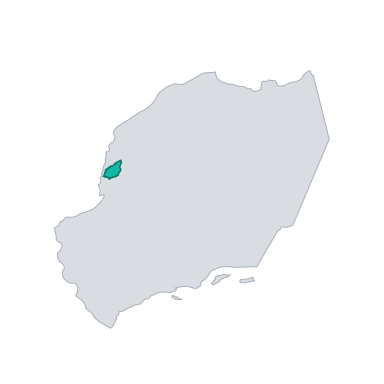 location of Mbozi, Mbeya, United Republic of Tanzania, rotated 76°
{"feature_id": "72390352B44769786141856", "entity_name": "Mbozi", "entity_type": "district", "adm_level": 2, "iso_a3": "TZA", "parent_name": "United Republic of Tanzania", "parent_adm1": "Mbeya", "projection": "equal_earth", "projection_center": [32.882, -8.972], "detail": "fine", "context": "in_parent", "style": "filled", "palette": "teal", "viewbox_px": 384, "rotation_deg": 76, "n_neighbors": 0, "source": "geoboundaries", "source_scale": "gbopen_adm2", "svg_char_len": 6739}
<svg xmlns="http://www.w3.org/2000/svg" viewBox="0 0 384 384"><g transform="rotate(76 192 192)"><path d="M152.5,275.5L149.2,273.2L146.2,271.8L143.7,270.2L142.6,268.7L140.3,268.1L138.3,267.8L136.5,266.4L132.7,265.9L132.3,264.9L132.2,262.8L131.6,262.3L130.2,261.8L128.7,261.8L127.8,262.1L127.3,261.9L126.1,260.7L124.9,259.1L124.5,256.6L122.8,255.0L120.8,253.7L115.2,253.9L114.4,253.5L113.0,252.2L111.5,250.1L110.2,247.7L109.2,244.4L108.0,240.1L101.6,222.5L101.0,219.2L99.7,215.5L97.7,211.0L95.5,207.7L92.6,204.6L89.3,201.6L87.5,199.5L84.0,191.3L83.3,187.4L82.8,183.4L83.0,181.8L85.1,176.6L85.3,175.1L85.1,173.2L84.0,169.0L82.7,164.0L79.9,154.9L79.5,152.6L79.6,150.9L81.2,141.7L81.1,140.4L87.5,140.5L92.2,136.5L96.2,130.4L97.0,127.9L98.7,124.0L100.3,122.1L100.9,120.7L101.8,116.8L104.0,114.2L106.0,112.2L105.6,110.8L105.9,110.2L107.0,109.2L109.2,108.3L109.7,106.2L109.7,103.9L109.3,102.6L109.4,101.2L109.0,100.3L107.6,100.1L105.5,99.0L103.7,98.5L102.4,97.8L102.0,97.3L101.8,95.9L102.8,92.4L101.8,90.9L104.0,85.1L104.4,84.3L105.2,84.3L106.5,83.6L107.7,83.3L108.7,83.6L109.4,83.3L110.0,82.7L110.5,80.7L111.0,77.3L110.7,74.6L109.8,72.5L109.6,69.3L110.0,65.0L109.7,61.4L108.6,58.6L107.6,56.9L106.0,56.1L103.5,51.7L102.7,49.6L102.9,48.3L103.7,47.8L105.3,48.0L106.8,47.4L108.2,46.2L109.6,45.9L110.3,46.1L174.0,46.1L248.3,102.0L248.7,102.7L249.2,107.5L249.1,109.1L248.0,111.9L247.6,113.3L247.6,114.3L247.9,114.7L248.9,114.9L249.7,115.5L250.0,116.1L250.6,118.1L251.4,119.2L279.6,146.6L280.3,147.0L279.8,149.3L278.2,154.9L278.1,157.2L277.5,159.9L276.9,161.7L275.2,169.6L273.9,172.5L272.0,179.4L271.7,184.6L272.7,188.3L273.0,191.7L275.2,195.1L276.9,196.3L278.1,197.9L280.2,201.4L281.3,204.9L285.1,206.7L286.6,210.6L286.0,213.4L284.3,215.6L282.6,219.3L281.3,224.1L281.2,231.4L282.1,230.3L284.1,232.1L284.3,237.5L282.2,243.8L281.6,246.8L281.5,249.3L282.9,256.8L285.1,260.7L284.9,261.9L284.3,262.9L288.1,269.6L287.8,275.5L289.2,280.1L289.8,284.1L290.7,287.2L290.9,289.3L289.7,291.6L292.5,292.2L294.1,294.1L294.8,295.9L296.9,295.8L297.9,297.1L299.5,298.1L303.0,301.2L303.9,302.7L304.5,304.2L294.8,313.8L291.3,316.3L288.9,317.5L286.2,318.1L283.7,319.6L281.3,322.0L278.3,323.2L274.6,323.2L270.7,324.9L264.6,329.9L261.0,327.1L258.2,326.3L255.0,326.3L253.1,326.7L252.4,327.3L251.7,329.0L251.2,331.8L249.1,334.4L245.4,337.0L242.0,337.9L238.9,337.3L236.8,336.2L235.7,334.7L234.1,334.1L232.0,334.2L229.9,335.2L227.9,337.2L224.8,338.1L220.5,337.8L218.2,336.9L217.9,335.2L216.1,333.3L212.6,331.0L210.1,331.0L208.5,333.1L207.0,334.5L205.6,335.0L204.4,335.1L202.7,334.5L198.0,334.3L193.5,334.4L193.0,331.3L192.1,329.4L191.3,328.2L189.8,328.0L189.3,327.1L188.8,325.2L188.1,323.5L187.0,322.1L186.4,320.9L186.2,319.7L186.4,318.4L187.3,315.3L187.6,313.1L187.5,310.8L187.0,308.6L186.0,305.8L186.1,305.0L185.7,303.2L185.7,301.9L185.9,300.3L185.7,298.1L184.8,293.6L184.8,292.4L183.8,290.2L180.9,285.0L180.7,284.3L176.0,279.0L174.2,277.9L173.5,278.9L173.2,279.8L173.4,281.5L173.3,282.3L173.1,282.7L172.0,282.6L171.3,282.4L169.5,281.0L168.2,280.7L164.7,280.9L163.5,281.3L162.6,280.9L160.8,278.5L158.6,278.0L156.7,277.9L153.6,275.1L152.5,275.5ZM285.7,187.5L287.2,193.3L287.0,194.4L285.9,195.0L285.3,195.1L284.6,194.1L284.2,192.2L283.3,192.7L281.9,190.3L280.5,190.2L279.3,187.4L279.8,185.0L279.5,180.8L281.1,178.7L281.9,175.1L282.9,177.6L283.1,181.4L284.4,185.8L285.7,187.5ZM293.3,152.8L293.4,154.2L293.1,155.5L293.1,159.6L293.0,162.4L291.8,166.2L290.9,167.5L290.0,167.1L289.3,166.5L288.8,165.5L289.9,158.5L289.4,153.4L291.6,153.9L293.3,152.8ZM289.8,236.6L288.7,237.0L288.2,236.6L287.6,235.5L288.7,234.5L289.9,232.6L292.5,229.9L293.8,227.7L293.6,229.8L292.1,234.5L290.8,234.8L289.8,236.6Z" fill="#d9dde1" stroke="#a8b0b8" stroke-width="1"/><path d="M154.4,256.6L154.0,256.3L153.6,256.1L153.2,255.9L152.8,255.7L152.5,255.7L152.3,255.7L151.9,255.7L151.7,255.8L151.4,256.1L151.0,256.1L150.6,256.1L150.2,256.0L150.1,255.9L149.7,255.8L149.5,255.7L149.4,255.7L149.2,255.6L149.0,255.4L148.8,255.3L148.7,255.2L148.4,255.1L148.3,254.9L147.6,254.4L147.4,254.2L147.1,254.0L147.1,253.9L146.8,253.7L146.5,253.7L146.3,253.6L146.2,253.4L145.6,253.3L145.1,253.3L144.8,253.4L144.0,253.4L144.0,253.7L144.1,253.9L144.2,254.1L144.2,254.5L144.3,254.8L144.3,255.0L144.4,255.4L144.5,255.8L144.5,256.1L144.6,256.3L144.8,256.6L144.9,257.0L145.0,257.4L145.0,257.6L145.1,257.8L145.2,258.0L145.1,258.3L145.2,258.5L145.3,259.3L145.6,259.2L145.6,259.3L145.7,259.5L145.8,259.5L145.9,259.8L146.0,259.9L146.0,260.0L146.1,260.3L146.2,260.5L146.3,260.4L146.3,260.5L146.4,260.8L146.5,260.9L146.6,261.2L146.9,261.6L146.9,261.8L147.0,261.9L147.1,262.0L147.5,262.7L147.6,262.8L147.7,263.0L147.8,263.1L147.9,263.3L147.5,263.7L147.4,264.0L147.2,264.0L147.1,264.4L147.1,264.5L147.4,264.6L147.6,264.7L147.6,264.8L147.6,265.0L147.6,265.3L147.6,265.6L147.6,265.8L147.8,265.9L147.8,266.0L148.0,266.2L148.0,266.4L148.0,266.5L148.2,266.8L148.2,267.1L148.3,267.1L148.5,267.1L148.5,267.3L148.5,267.5L148.8,267.7L148.8,267.8L148.8,268.1L149.0,268.1L149.1,268.3L149.1,268.5L149.2,268.8L149.2,269.0L149.3,269.0L149.3,269.3L149.4,269.5L149.5,269.5L149.6,269.8L149.7,269.7L149.8,269.7L149.8,269.8L150.0,269.9L149.9,270.0L150.0,270.0L150.1,270.3L150.2,270.5L150.3,270.6L150.5,270.7L150.5,270.8L150.8,270.9L150.9,271.0L151.0,271.0L151.3,271.0L151.5,271.0L151.6,270.9L151.7,271.2L151.8,271.7L151.9,271.8L152.1,271.9L152.3,272.1L152.6,272.0L152.8,272.1L153.0,272.2L153.2,272.5L153.3,272.7L153.5,272.8L153.8,272.8L154.0,272.9L154.2,273.0L154.3,273.0L154.5,273.0L154.8,273.3L154.9,273.6L155.1,273.8L155.3,274.0L155.3,273.8L155.4,273.6L155.5,273.4L155.7,273.1L155.8,273.0L155.8,272.9L156.1,272.8L156.4,272.8L156.8,272.3L156.8,272.2L156.7,272.2L156.5,271.9L156.5,271.7L156.6,271.3L156.7,271.0L156.8,271.0L157.0,271.1L157.2,270.7L157.4,270.4L157.4,270.0L157.5,269.9L157.8,269.7L158.1,269.6L158.4,269.6L158.5,269.5L158.8,269.5L159.2,269.5L159.3,269.2L159.5,269.0L159.5,268.6L159.4,268.6L159.2,268.5L159.0,268.4L158.8,268.3L158.8,268.2L158.6,268.1L158.4,268.0L158.4,267.6L158.5,267.4L158.7,267.1L158.7,266.9L158.8,266.9L158.8,266.5L158.7,266.5L158.7,266.3L158.7,266.2L158.6,265.8L158.5,265.7L158.4,265.6L158.4,265.4L158.5,265.3L158.4,265.2L158.5,265.0L158.5,264.5L158.6,264.3L158.5,264.1L158.4,263.9L158.5,263.7L158.6,263.4L158.7,263.1L158.5,262.8L158.4,262.7L158.4,262.3L158.4,262.2L158.3,261.9L158.4,261.7L158.5,261.7L158.6,261.4L158.4,261.3L158.3,261.2L158.1,261.2L157.9,261.1L157.9,260.9L157.8,260.7L157.7,260.5L157.7,260.4L157.6,260.2L157.4,260.0L157.4,259.9L157.5,259.8L157.6,259.7L157.4,259.5L157.4,259.4L157.2,259.5L156.9,259.4L156.8,259.2L156.6,259.0L156.3,258.8L156.0,258.6L155.9,258.5L155.7,258.3L155.3,257.9L155.1,257.6L155.0,257.4L154.7,257.3L154.5,256.7L154.4,256.6Z" fill="#14b8a6" stroke="#0f766e" stroke-width="1.5"/></g></svg>